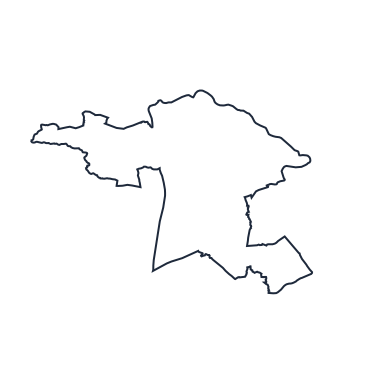 Banjar, Kalimantan Selatan, Indonesia, rotated 243°
{"feature_id": "22746128B79736905882971", "entity_name": "Banjar", "entity_type": "district", "adm_level": 2, "iso_a3": "IDN", "parent_name": "Indonesia", "parent_adm1": "Kalimantan Selatan", "projection": "robinson", "projection_center": [114.894, -3.279], "detail": "fine", "context": "isolated", "style": "outline", "palette": "slate", "viewbox_px": 384, "rotation_deg": 243, "n_neighbors": 0, "source": "geoboundaries", "source_scale": "gbopen_adm2", "svg_char_len": 6015}
<svg xmlns="http://www.w3.org/2000/svg" viewBox="0 0 384 384"><g transform="rotate(243 192 192)"><path d="M311.0,71.6L310.9,71.9L309.5,71.9L308.9,72.1L308.3,72.7L307.8,73.5L307.5,74.5L307.4,76.0L307.1,76.7L304.2,80.1L303.8,80.8L303.7,82.2L303.1,83.2L302.0,84.0L301.4,84.9L300.7,86.6L299.6,87.1L299.3,86.7L299.5,87.1L299.0,87.8L297.8,91.2L297.7,91.2L297.1,91.8L296.7,93.1L296.5,93.4L295.2,94.1L294.2,95.1L294.1,97.4L293.0,99.5L292.3,101.6L291.2,102.1L289.6,102.2L289.0,102.7L288.0,104.3L286.8,104.6L285.4,105.6L284.1,107.2L282.3,111.1L281.2,111.2L279.0,112.8L277.2,112.7L276.9,112.8L275.3,115.4L274.5,116.1L273.9,116.1L272.3,114.4L271.7,111.9L271.3,111.5L269.6,111.3L268.7,111.4L267.4,111.9L266.7,111.8L265.1,112.5L264.7,113.0L263.9,113.3L262.7,112.8L262.5,112.5L262.5,111.6L262.9,111.2L263.0,110.7L262.3,109.9L261.7,109.9L261.4,109.3L261.4,108.4L260.1,108.1L258.4,108.8L255.7,109.1L254.3,109.9L253.8,110.5L253.6,112.4L253.0,112.9L251.2,113.8L250.9,114.2L250.3,114.4L249.9,115.1L249.0,114.9L248.4,115.0L247.0,115.6L246.3,116.5L245.7,116.5L245.1,117.5L244.9,118.3L244.5,118.5L243.6,120.0L242.8,122.6L242.1,123.4L241.1,125.1L239.4,127.1L238.1,129.1L236.0,130.7L231.7,127.6L230.9,129.0L229.1,133.0L227.7,137.7L224.9,141.7L219.7,148.3L224.1,149.7L225.6,150.0L226.9,150.6L231.3,151.3L233.2,152.9L235.3,153.4L237.0,153.5L236.9,155.1L236.2,157.5L236.1,159.6L236.4,160.7L235.5,162.3L234.5,163.0L233.5,164.1L232.8,166.2L232.4,166.5L230.6,167.1L229.5,168.2L227.9,171.3L227.9,174.0L226.4,173.3L223.0,172.8L220.0,172.7L213.0,171.0L206.5,169.0L203.4,167.6L200.9,166.3L191.2,159.3L180.5,150.0L148.7,127.0L144.1,124.2L140.3,122.2L139.4,121.4L139.8,137.2L139.4,142.1L137.5,153.2L136.7,170.8L136.1,170.7L135.6,170.9L134.3,172.0L132.9,173.4L132.5,173.6L131.8,173.0L131.3,171.2L130.8,171.1L130.3,171.3L130.1,173.1L129.7,174.7L130.4,175.6L130.4,176.2L128.7,177.5L128.1,178.7L127.2,178.8L126.8,178.4L125.9,178.0L125.2,178.0L124.3,179.4L123.3,179.5L121.9,180.0L110.4,185.1L106.5,186.1L101.8,187.9L99.2,189.2L95.1,190.7L94.8,191.0L95.1,194.4L94.8,195.3L94.5,195.3L94.3,195.7L92.4,200.8L92.7,201.4L93.1,201.7L93.7,202.9L94.3,203.2L94.4,203.6L95.2,204.2L95.6,204.2L95.7,204.4L96.5,204.5L98.2,206.4L99.8,207.0L99.5,208.2L99.2,208.4L99.4,210.1L99.2,210.4L96.6,209.2L95.3,209.9L95.2,209.6L94.0,210.0L93.5,209.9L93.4,210.3L91.6,211.0L91.4,213.8L91.2,214.1L90.5,214.4L89.5,215.7L87.6,216.8L87.1,216.1L84.7,215.3L83.4,218.0L83.3,217.8L82.5,219.4L81.5,219.1L80.7,218.5L80.3,217.7L78.6,217.6L77.9,217.1L78.6,215.3L76.1,216.4L75.1,217.3L73.7,217.2L72.8,217.1L72.3,216.6L71.7,216.5L71.6,216.2L71.1,216.0L70.2,216.1L70.1,215.9L69.6,215.7L69.0,215.8L69.1,215.3L68.8,215.3L67.3,214.4L64.8,218.5L63.7,221.1L63.7,222.9L64.6,227.0L66.4,231.2L66.8,233.2L66.8,234.6L66.3,236.9L65.7,238.2L65.3,239.5L65.1,241.3L65.1,243.9L65.5,245.3L65.8,248.4L65.8,249.9L65.6,250.7L64.9,261.1L65.4,262.2L66.1,262.6L69.4,261.7L73.7,261.0L75.4,260.9L82.4,259.6L86.9,259.6L88.4,260.0L89.0,259.5L90.6,259.1L110.3,254.4L109.3,246.7L108.5,244.1L108.4,242.3L108.9,239.9L110.9,236.0L111.1,235.1L110.5,234.0L113.7,231.1L113.1,230.2L113.9,228.3L114.8,227.6L115.0,225.8L118.9,216.5L123.1,219.6L125.9,221.4L131.8,226.0L132.5,226.7L133.0,228.0L133.3,227.9L133.6,228.1L134.4,229.1L135.1,229.3L135.7,229.0L136.3,229.0L136.7,229.4L137.5,229.8L138.4,230.0L138.7,230.3L138.7,230.9L141.8,231.0L141.9,230.8L142.1,230.9L143.6,230.9L144.4,231.1L144.5,230.8L145.8,231.4L145.8,231.6L146.1,231.9L146.9,230.2L147.3,230.2L148.6,231.9L148.7,232.5L148.6,232.8L149.0,233.3L148.8,233.6L151.0,233.8L152.0,234.6L152.5,234.5L153.1,235.8L154.1,236.1L154.8,234.8L155.6,235.4L157.4,235.9L160.4,236.1L162.5,236.6L163.5,236.6L162.9,239.6L162.6,243.1L159.9,242.5L163.5,249.3L163.5,252.3L161.9,261.9L162.2,262.2L162.7,262.0L163.2,261.6L163.9,261.6L163.8,263.2L163.6,263.8L163.7,264.8L163.2,266.3L161.2,269.1L160.6,270.4L160.6,271.0L160.8,271.5L161.5,272.2L161.7,272.8L161.5,275.5L160.4,279.3L160.5,279.8L160.8,280.2L161.2,280.3L162.3,280.1L163.5,280.2L169.9,281.3L171.5,283.4L172.4,285.1L172.6,286.0L172.4,287.9L166.9,295.6L164.7,301.0L164.5,305.3L164.6,307.1L165.0,308.2L165.0,310.3L165.9,311.5L166.7,311.9L168.2,312.4L169.7,312.4L171.8,311.6L172.8,310.4L174.6,307.5L175.5,305.0L176.0,304.3L179.7,305.0L180.4,304.6L182.7,302.4L187.5,300.8L199.6,296.0L201.1,294.7L203.3,291.5L204.9,289.7L207.0,287.8L208.7,286.7L215.2,286.9L216.1,286.5L220.4,282.9L224.3,280.2L226.3,279.6L231.6,279.6L235.8,278.5L237.5,276.9L241.1,274.8L242.5,272.2L243.3,271.6L244.3,270.1L245.6,269.3L249.7,267.5L250.8,266.6L253.3,264.1L253.8,262.8L254.3,260.7L254.8,259.3L256.6,256.2L258.5,254.5L260.6,253.4L262.2,253.1L264.9,253.5L267.9,253.1L269.5,252.5L273.2,250.7L277.0,247.9L277.7,247.2L278.9,245.0L279.2,242.6L278.4,240.0L275.9,236.4L275.8,236.0L276.9,235.0L279.7,233.2L280.1,232.4L280.6,230.9L281.2,226.2L281.2,214.3L282.5,211.7L283.0,209.3L283.7,208.1L284.5,207.1L285.3,206.5L287.2,206.1L287.9,205.7L288.2,205.3L288.5,203.4L287.8,202.9L287.4,202.0L286.6,199.1L286.6,198.6L287.1,197.2L287.6,193.8L287.5,193.3L286.5,191.7L285.8,191.0L284.7,190.5L283.6,190.2L275.9,189.5L271.8,188.1L268.2,186.5L267.7,186.1L268.0,185.4L270.0,184.7L270.9,184.9L271.7,184.8L272.2,184.0L274.2,184.2L274.9,183.9L275.5,181.9L275.8,181.6L276.2,181.6L276.6,181.2L277.1,180.2L276.9,178.4L277.3,178.5L278.1,169.4L279.2,163.2L279.3,159.8L283.3,153.9L292.4,145.6L292.6,146.8L292.9,147.3L294.4,148.2L295.8,149.7L296.3,150.9L302.4,145.2L304.5,140.6L305.3,140.4L309.9,137.3L312.2,133.6L312.2,132.2L311.9,131.6L311.9,130.7L311.7,130.2L311.2,130.0L308.9,130.0L307.6,129.7L305.5,128.4L304.7,128.5L304.3,127.7L303.3,127.6L303.2,127.0L302.7,126.9L302.3,126.3L301.6,126.1L301.2,125.4L300.6,125.3L301.0,120.9L301.6,117.3L305.6,112.8L306.5,109.9L308.7,101.5L310.4,102.5L313.7,101.6L315.4,99.8L316.0,98.8L316.7,96.1L316.9,93.8L317.7,92.9L317.9,92.0L320.1,89.1L320.2,88.6L320.3,88.3L320.0,87.8L318.1,87.0L316.0,86.6L315.8,86.3L315.8,83.2L315.6,82.2L314.4,80.3L314.6,78.5L314.6,77.8L313.2,76.1L311.0,74.4L310.8,73.2L311.0,71.6Z" fill="none" stroke="#1e293b" stroke-width="2"/></g></svg>